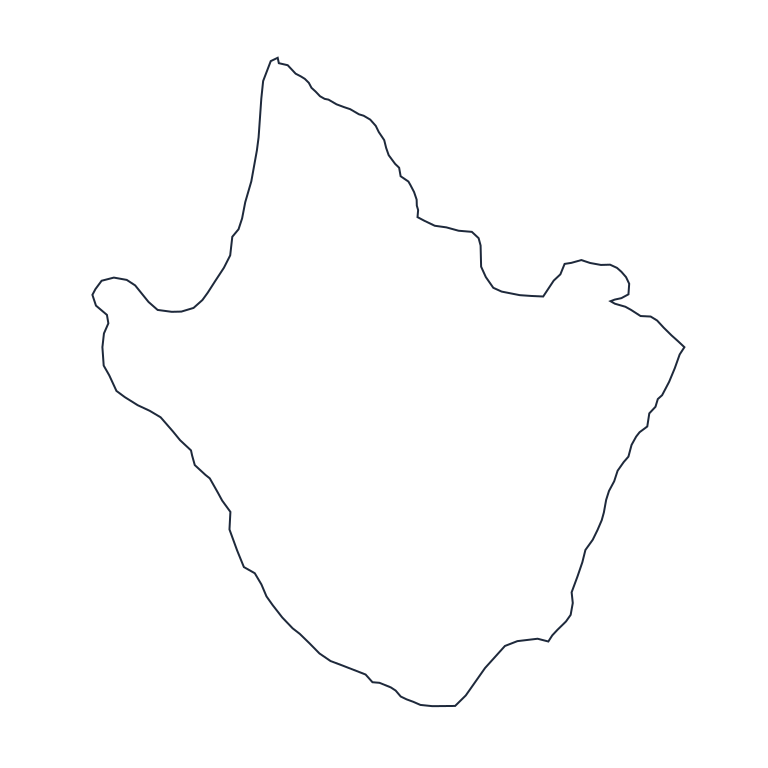 Ismailli District, İsmayıllı, Azerbaijan, rotated 94°
{"feature_id": "54616110B45290451128830", "entity_name": "Ismailli District", "entity_type": "district", "adm_level": 2, "iso_a3": "AZE", "parent_name": "Azerbaijan", "parent_adm1": "İsmayıllı", "projection": "equal_earth", "projection_center": [48.125, 40.803], "detail": "fine", "context": "isolated", "style": "outline", "palette": "slate", "viewbox_px": 768, "rotation_deg": 94, "n_neighbors": 0, "source": "geoboundaries", "source_scale": "gbopen_adm2", "svg_char_len": 2403}
<svg xmlns="http://www.w3.org/2000/svg" viewBox="0 0 768 768"><g transform="rotate(94 384 384)"><path d="M326.3,86.9L320.7,93.8L315.5,100.5L308.3,108.9L301.6,116.0L298.1,122.7L298.3,132.8L292.8,142.8L290.1,148.6L287.8,159.3L285.6,163.8L283.7,159.7L281.8,153.2L277.5,146.4L266.9,146.4L260.5,150.0L255.6,154.9L251.9,159.7L249.2,166.8L250.1,175.9L248.9,186.8L246.6,195.8L250.1,205.6L251.6,212.2L262.3,215.7L269.0,221.9L285.6,231.3L285.9,242.9L285.9,254.8L283.6,273.1L280.4,281.7L270.2,289.9L260.2,295.3L239.1,297.3L231.9,299.8L226.1,307.0L225.9,320.3L223.4,332.7L222.6,344.4L218.4,355.0L215.2,362.2L208.1,362.1L203.8,363.7L197.8,364.3L190.4,367.4L183.4,371.7L180.3,373.8L175.6,381.9L167.2,384.0L163.6,388.3L155.4,395.3L148.4,398.3L140.7,400.8L133.0,406.8L127.1,410.2L121.2,416.2L117.8,423.0L116.7,427.8L112.2,436.9L110.6,443.1L108.3,450.9L104.2,459.2L103.7,463.1L101.4,467.9L97.0,472.7L93.6,477.0L88.8,480.0L85.1,484.3L82.9,488.5L80.6,493.8L75.4,499.4L72.7,502.3L71.3,511.3L66.0,512.8L69.8,519.5L90.2,525.7L107.8,526.3L127.3,526.3L146.6,526.3L159.9,527.1L191.1,530.5L212.3,535.1L228.7,537.1L239.8,539.9L247.7,545.6L266.4,546.4L279.2,551.8L293.3,559.7L305.2,566.2L312.9,571.0L321.4,579.3L325.9,591.2L326.8,600.8L325.9,615.0L318.6,624.6L310.0,632.6L303.0,639.1L298.1,647.9L296.7,660.9L300.7,672.9L309.5,678.5L315.4,681.1L319.1,679.6L325.9,676.8L334.4,665.2L342.7,663.2L353.1,666.9L365.3,667.4L366.8,667.5L385.2,664.9L394.5,658.7L409.6,650.4L415.2,641.6L422.3,628.3L427.1,615.8L432.8,604.5L446.1,591.2L454.3,583.5L463.7,571.9L468.5,570.5L478.1,567.1L487.2,555.7L490.3,551.2L503.9,542.2L511.6,537.3L522.3,528.3L539.9,528.0L560.3,518.9L576.4,511.0L581.8,499.7L592.5,492.3L604.1,486.4L612.4,479.6L624.0,469.2L634.1,458.1L639.2,450.5L648.0,440.1L657.3,429.6L664.1,418.0L667.7,405.9L675.1,382.1L682.3,374.7L682.4,367.7L686.2,356.0L689.0,351.0L694.6,345.5L697.0,339.5L699.0,332.6L701.6,325.3L702.0,313.2L700.2,290.6L689.0,280.7L660.3,263.4L636.9,245.1L631.2,233.0L627.4,213.0L629.4,202.1L623.0,198.6L617.2,193.9L608.2,185.9L601.3,181.7L589.3,180.4L578.7,182.3L562.3,177.5L548.0,173.7L535.5,171.5L524.8,164.9L514.7,160.8L504.7,157.3L496.8,155.7L484.1,154.3L475.0,152.1L465.0,147.6L454.2,144.9L445.1,139.4L439.4,135.1L427.5,132.8L418.9,128.8L414.3,125.7L408.0,118.4L394.8,117.3L387.8,111.6L379.9,109.8L375.8,105.8L361.9,99.7L347.9,95.0L333.9,91.1L326.3,86.9Z" fill="none" stroke="#1e293b" stroke-width="2"/></g></svg>